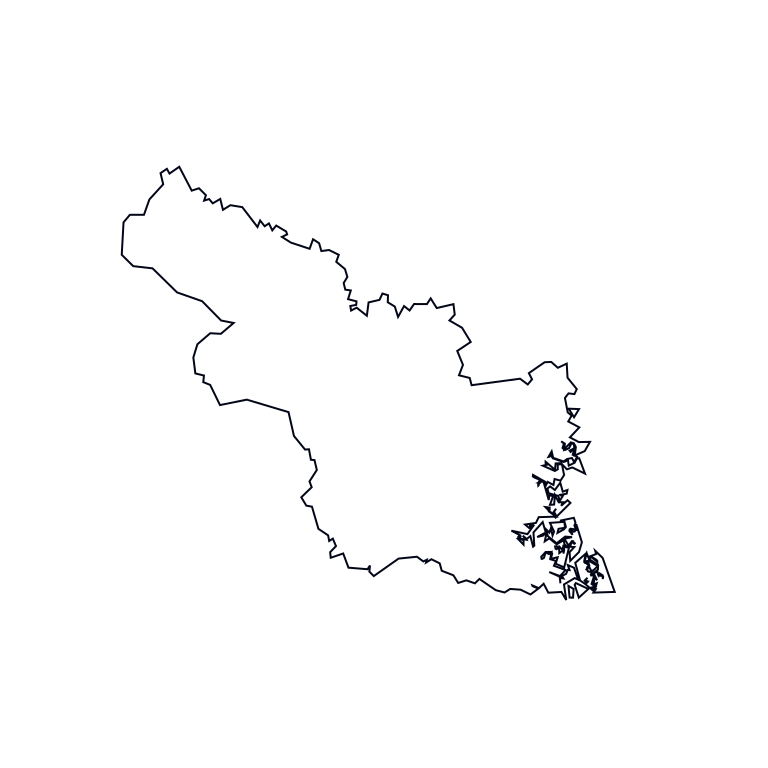 outline of San Lorenzo, Esmeraldas, Ecuador, rotated 152°
{"feature_id": "8360857B36933905288912", "entity_name": "San Lorenzo", "entity_type": "district", "adm_level": 2, "iso_a3": "ECU", "parent_name": "Ecuador", "parent_adm1": "Esmeraldas", "projection": "mercator", "projection_center": [-78.743, 0.975], "detail": "fine", "context": "isolated", "style": "outline", "palette": "ink", "viewbox_px": 768, "rotation_deg": 152, "n_neighbors": 0, "source": "geoboundaries", "source_scale": "gbopen_adm2", "svg_char_len": 6161}
<svg xmlns="http://www.w3.org/2000/svg" viewBox="0 0 768 768"><g transform="rotate(152 384 384)"><path d="M554.9,621.2L550.1,605.8L534.1,594.8L523.7,562.0L505.7,542.5L498.0,516.5L488.1,508.5L504.5,504.9L513.6,510.4L530.1,506.7L539.9,496.9L545.6,481.9L539.0,476.0L542.7,470.5L537.9,464.8L538.7,442.4L512.5,434.6L481.5,404.0L487.9,380.4L484.5,363.2L480.9,361.6L484.1,351.4L481.1,349.5L483.7,339.6L495.5,333.0L496.3,326.8L510.2,322.8L509.7,313.1L505.2,309.5L509.9,286.9L504.4,276.6L506.1,271.1L501.8,271.5L502.5,263.4L510.5,260.8L512.6,255.6L499.6,253.5L501.6,238.5L485.5,228.2L481.6,230.3L485.0,225.2L483.2,219.2L453.1,223.0L436.0,216.0L432.6,208.9L428.7,208.7L430.7,206.6L424.4,207.0L419.0,199.5L420.7,192.0L412.5,182.5L411.9,173.5L403.5,172.0L397.3,165.3L391.3,167.1L382.1,149.5L375.4,143.3L368.8,143.8L360.0,138.3L353.5,129.4L343.8,130.9L347.7,135.8L347.6,136.6L343.1,131.0L336.8,132.7L336.9,122.6L325.0,117.1L324.5,107.7L319.2,122.5L306.7,123.1L304.4,120.1L302.5,132.6L306.7,137.8L307.5,132.6L308.9,133.6L312.4,130.9L318.6,131.0L317.0,129.6L316.9,128.1L319.6,130.3L321.8,125.2L319.3,131.4L326.4,140.4L318.8,131.8L311.0,134.5L319.3,143.7L315.2,147.0L319.5,151.3L315.2,156.7L318.2,156.4L320.3,159.4L324.4,155.4L326.3,155.3L326.9,155.6L326.3,157.6L320.2,159.8L315.1,157.2L315.1,155.3L318.8,151.3L312.0,149.5L316.8,144.7L311.0,137.5L297.5,152.7L302.0,155.9L302.7,153.0L305.2,150.0L303.1,153.2L308.6,152.4L306.0,157.8L309.2,157.1L309.9,158.0L309.0,160.1L310.0,160.8L305.5,158.1L304.3,153.6L301.5,157.0L299.0,155.3L299.9,157.9L298.6,161.7L306.8,161.4L310.5,170.1L315.9,169.6L310.2,176.5L315.0,175.5L320.6,177.0L310.9,176.9L308.7,187.6L321.7,182.8L327.2,170.7L328.7,170.4L326.2,181.0L330.7,180.1L332.7,184.9L331.6,179.8L336.9,184.0L334.2,180.4L336.2,176.7L338.6,184.9L334.2,185.2L337.9,185.8L334.9,186.6L340.4,194.7L327.8,184.1L317.4,189.3L321.5,187.6L320.0,189.6L321.7,190.3L322.2,188.8L322.8,188.6L323.4,188.6L325.4,193.7L315.1,190.0L309.9,193.8L294.3,186.1L298.3,194.2L296.0,197.2L297.3,198.0L297.3,196.2L298.2,195.8L299.3,199.6L295.7,197.1L297.8,193.6L294.1,188.6L294.0,191.5L290.6,193.1L293.9,191.3L293.7,186.5L294.2,185.9L296.2,185.2L275.2,191.5L276.5,195.2L284.7,193.3L281.5,195.6L285.3,197.5L285.2,205.6L290.4,197.7L294.2,199.4L287.2,205.7L290.5,208.1L293.0,204.2L289.1,222.7L290.7,223.7L291.5,225.5L292.8,224.0L294.2,224.2L293.3,223.3L294.2,223.1L295.1,221.9L295.5,221.8L294.3,224.4L291.1,225.8L295.7,231.7L295.9,232.7L295.1,233.8L287.6,222.0L287.9,219.0L285.5,220.8L281.8,215.3L278.0,220.0L273.5,215.8L267.7,219.1L264.6,229.6L268.4,231.5L270.6,227.1L274.0,227.0L282.1,237.3L278.2,236.3L278.5,238.2L277.8,239.5L273.3,228.1L269.7,233.3L264.9,231.0L262.6,222.8L256.9,221.9L248.6,210.5L246.5,226.8L248.9,227.6L252.6,225.0L259.2,225.2L257.1,231.0L259.9,230.4L262.3,231.0L269.8,239.1L270.1,243.8L271.8,242.1L273.0,242.4L267.6,245.8L269.3,239.4L261.8,231.3L257.5,231.8L252.8,230.4L252.8,225.7L247.6,229.1L250.6,232.9L246.0,237.6L251.1,236.4L251.4,238.0L246.1,237.9L244.7,241.7L246.2,243.7L250.7,240.5L255.3,240.8L256.4,243.7L253.0,247.0L254.5,250.2L252.3,246.4L255.5,241.9L246.4,244.7L244.2,242.6L244.2,238.3L249.1,231.4L238.3,230.5L229.3,236.2L239.3,241.3L244.9,249.6L231.9,254.0L238.9,264.4L233.2,268.0L235.1,272.7L230.8,286.7L225.5,289.1L220.6,285.7L216.2,289.0L219.0,303.4L213.1,316.2L222.9,316.7L226.0,325.0L232.0,327.8L251.0,325.6L251.1,318.6L257.3,316.1L261.4,324.8L307.2,341.8L305.5,349.1L313.7,356.5L305.3,363.8L303.8,378.8L287.7,380.4L288.7,397.0L296.4,409.4L289.0,412.0L285.2,421.9L301.8,426.3L302.6,437.7L308.6,434.4L319.9,440.5L326.9,436.9L329.7,443.4L340.1,436.6L338.1,447.3L342.3,454.4L338.8,460.5L342.9,464.6L348.5,460.4L359.3,463.3L367.1,452.3L372.3,464.2L378.6,464.3L377.1,468.7L371.4,466.9L369.5,469.9L375.9,475.8L369.4,482.2L373.9,485.5L372.2,492.1L366.1,495.7L364.5,503.8L368.8,514.3L363.3,519.3L369.6,528.1L376.9,530.8L375.2,538.8L378.7,545.1L386.2,538.3L399.8,552.5L405.1,561.8L399.3,561.6L398.8,564.6L404.8,574.5L410.5,572.1L410.2,579.8L415.3,579.3L416.6,586.5L422.0,582.0L426.1,606.7L435.7,614.0L444.4,613.4L441.7,624.3L450.4,623.9L451.6,629.4L456.7,630.4L452.6,634.3L455.5,643.7L463.0,645.0L462.8,671.9L474.6,670.5L474.7,675.9L482.3,675.1L485.2,664.0L504.5,657.1L516.5,646.1L528.9,652.7L538.1,649.0L554.9,621.2ZM299.1,148.4L302.6,140.4L290.7,144.1L283.6,151.3L280.2,169.1L281.7,169.7L282.1,165.5L284.9,164.3L286.1,164.6L286.8,165.4L285.8,167.4L288.0,168.1L288.3,162.3L289.3,167.2L288.3,168.5L287.1,168.6L283.0,165.2L282.3,169.6L280.1,171.5L279.2,176.7L292.8,180.7L289.2,178.0L290.5,172.4L293.4,171.2L300.7,171.1L297.9,174.2L291.6,172.1L289.5,177.6L302.7,183.5L303.1,173.9L306.3,171.1L304.4,178.3L307.7,175.2L309.0,179.3L310.8,172.8L306.3,162.3L295.6,164.2L289.9,160.5L297.4,162.7L296.9,154.7L291.7,157.1L290.7,156.3L291.1,154.1L289.5,153.8L290.9,153.6L292.4,156.4L296.2,153.0L292.5,150.7L299.1,148.4ZM297.0,101.5L277.9,92.1L272.6,127.8L275.8,137.6L276.5,134.3L283.1,135.1L282.2,134.4L279.1,129.3L278.7,127.9L279.2,126.8L282.3,134.0L285.0,132.9L280.0,123.8L282.1,119.8L285.3,119.2L283.6,118.4L284.2,114.2L282.5,115.5L280.8,112.4L281.0,110.8L282.4,109.1L281.1,111.9L284.6,114.2L284.0,118.4L289.7,118.4L287.8,116.6L288.0,110.7L288.9,114.1L293.2,108.6L292.0,107.2L291.4,108.4L289.7,108.2L292.6,105.3L295.5,106.7L293.1,103.6L297.0,101.5ZM300.2,112.8L296.3,103.2L294.6,103.1L296.2,106.9L292.6,106.1L294.6,110.0L288.3,116.2L291.0,117.8L288.7,121.6L290.8,121.7L292.0,122.9L291.4,125.2L292.8,124.5L290.6,126.9L288.3,127.3L289.6,131.0L287.3,132.2L290.2,131.4L290.6,131.9L290.5,133.5L285.4,139.5L299.1,136.3L303.1,118.5L300.4,113.3L297.1,114.0L299.0,115.2L299.0,116.3L295.3,117.4L298.8,116.1L296.9,114.2L297.0,113.6L300.2,112.8ZM283.8,198.2L277.9,201.7L280.2,202.6L280.4,203.4L274.2,201.4L271.8,204.3L276.7,205.0L274.7,214.1L282.9,210.2L285.4,215.6L288.8,215.0L289.9,210.3L282.6,203.3L283.8,198.2ZM312.3,103.9L299.8,107.1L308.1,118.2L309.9,117.2L312.3,103.9ZM288.7,120.6L280.6,122.9L285.4,130.5L284.5,139.3L290.3,133.1L287.1,132.2L288.0,127.1L290.7,125.9L288.7,125.5L288.7,120.6ZM232.5,275.5L231.8,265.4L223.6,270.3L232.5,275.5ZM315.9,119.1L320.4,108.3L317.4,106.6L312.8,114.0L315.9,119.1Z" fill="none" stroke="#020617" stroke-width="2"/></g></svg>